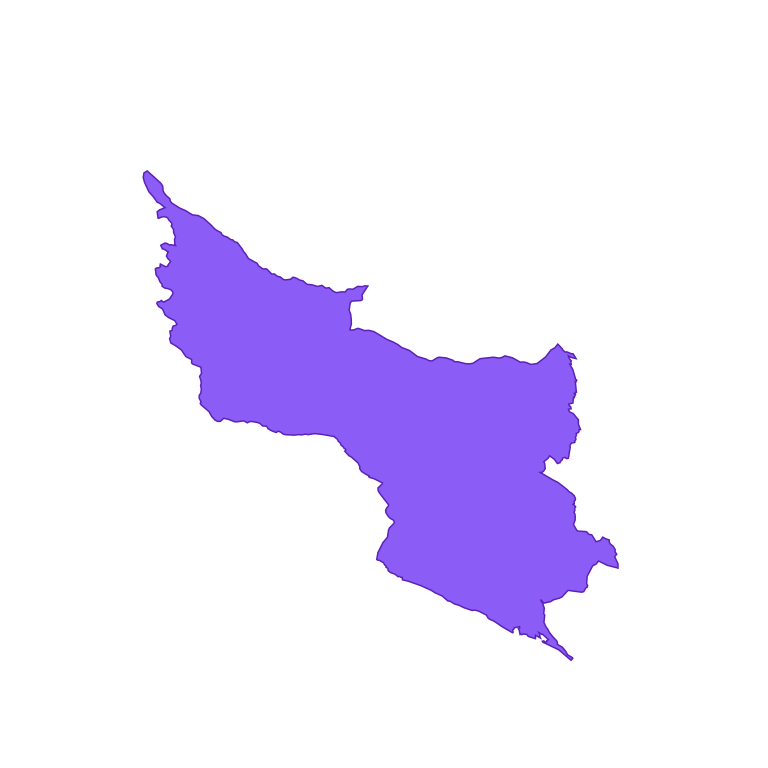 Copacabana, Antioquia, Colombia (Equal Earth projection), rotated 309°
{"feature_id": "7082276B76500841891057", "entity_name": "Copacabana", "entity_type": "district", "adm_level": 2, "iso_a3": "COL", "parent_name": "Colombia", "parent_adm1": "Antioquia", "projection": "equal_earth", "projection_center": [-75.502, 6.36], "detail": "fine", "context": "isolated", "style": "filled", "palette": "violet", "viewbox_px": 768, "rotation_deg": 309, "n_neighbors": 0, "source": "geoboundaries", "source_scale": "gbopen_adm2", "svg_char_len": 6157}
<svg xmlns="http://www.w3.org/2000/svg" viewBox="0 0 768 768"><g transform="rotate(309 384 384)"><path d="M524.4,494.0L519.8,494.0L515.3,492.3L506.7,492.6L496.3,490.1L491.7,485.9L490.1,480.7L488.6,478.1L486.8,476.4L485.2,467.3L482.0,460.3L478.6,458.8L476.7,457.3L473.7,452.2L464.1,442.7L456.1,440.1L453.5,437.8L451.1,434.5L447.8,427.5L445.9,425.0L445.7,422.3L443.5,416.1L439.6,410.1L438.0,408.9L432.1,406.8L430.5,404.3L429.7,400.6L426.4,392.7L426.1,382.7L423.5,374.9L423.4,370.2L422.4,364.7L420.5,358.3L418.4,343.3L416.2,338.5L413.3,335.3L411.2,329.3L410.4,328.3L406.9,326.4L404.7,323.8L404.9,323.2L410.1,320.9L413.7,317.8L417.4,314.0L419.4,310.5L425.9,306.6L428.1,306.8L434.3,313.5L435.7,314.0L436.6,313.8L439.3,310.9L450.0,309.8L448.1,307.2L446.0,305.9L443.4,302.2L437.9,300.1L436.3,297.5L434.6,296.0L431.0,295.8L428.8,292.9L425.0,289.5L424.1,286.3L424.3,280.7L421.9,278.5L421.5,273.6L418.0,271.0L415.7,265.4L413.0,261.5L413.2,256.1L411.6,252.7L411.3,250.1L410.3,247.1L409.6,246.0L406.6,245.5L402.5,241.5L401.9,239.6L401.9,235.9L400.6,233.4L400.6,229.6L398.8,227.6L399.6,220.8L399.1,219.5L397.7,218.3L397.2,217.1L396.9,212.3L397.9,209.3L396.2,199.7L398.0,194.6L398.6,191.4L399.6,189.2L401.6,181.1L400.5,178.2L400.8,175.8L399.8,174.0L399.5,169.7L398.4,166.9L398.0,164.3L399.1,162.0L398.1,157.2L398.0,154.3L398.7,149.7L399.2,139.8L398.0,133.7L394.8,128.5L393.9,120.9L392.1,114.1L391.1,105.4L391.6,102.9L393.2,101.0L393.4,96.2L394.1,92.9L395.1,90.8L398.6,87.4L399.6,84.0L400.6,65.9L397.0,64.6L393.0,66.9L390.0,71.0L385.4,80.3L384.3,87.1L382.6,93.2L383.3,96.3L383.2,102.8L378.1,100.0L375.1,99.3L370.7,104.0L370.8,104.5L375.1,107.0L376.7,109.8L376.9,111.6L376.1,113.3L375.4,117.7L374.1,119.1L372.9,119.2L371.6,123.3L369.3,125.2L367.0,129.5L364.8,130.0L360.8,133.6L360.4,134.8L358.0,130.5L357.1,130.0L356.6,126.7L355.6,125.0L351.3,123.2L349.6,126.5L350.5,129.0L350.6,132.2L351.0,133.0L346.5,134.4L345.5,136.9L345.0,141.0L340.5,141.3L339.4,141.9L337.7,140.4L336.5,134.7L335.0,135.5L334.4,136.4L332.5,135.8L331.2,134.3L329.6,133.8L325.5,138.1L324.8,140.0L324.8,141.3L322.4,145.7L321.8,148.8L320.3,150.1L320.7,153.7L322.3,156.3L323.1,159.6L322.6,161.8L321.3,163.2L315.0,163.8L309.2,161.4L308.7,160.2L308.8,158.4L307.1,158.0L305.1,156.3L303.6,156.7L302.4,160.1L302.9,164.8L299.9,170.5L300.2,175.5L301.6,181.5L300.1,185.5L298.9,185.4L296.3,183.7L294.2,184.3L292.2,185.6L290.3,184.3L286.8,188.3L284.3,188.8L281.7,192.6L282.5,197.0L283.0,204.9L280.6,212.8L281.9,218.8L281.6,219.5L279.5,221.0L279.0,222.4L281.8,231.1L277.4,235.5L273.8,235.9L271.5,239.5L269.2,241.8L267.5,242.3L265.2,245.1L261.8,247.3L258.8,247.6L256.6,249.3L255.0,253.1L253.4,253.3L252.7,254.9L252.4,265.5L250.3,270.6L249.6,275.3L250.2,278.2L251.9,280.3L256.5,281.1L258.7,285.5L260.5,291.3L261.5,293.0L267.1,298.2L267.8,302.2L269.9,303.0L271.7,304.9L274.1,309.2L275.3,312.2L275.0,316.1L277.3,319.3L276.3,322.0L276.8,325.7L278.4,330.7L280.8,331.5L281.6,334.2L281.6,337.0L282.6,339.3L287.8,346.5L290.5,349.0L292.8,352.2L295.5,354.4L296.9,356.9L301.8,361.3L306.2,368.2L311.7,378.1L311.7,382.6L310.8,384.4L310.6,387.2L309.5,389.0L309.4,392.3L308.9,393.3L309.1,394.8L308.8,395.8L307.1,395.8L306.4,400.2L306.2,401.7L306.7,404.6L306.3,413.6L304.4,417.4L302.9,418.4L301.9,421.6L302.4,426.6L303.2,430.2L302.3,430.5L302.4,431.8L304.2,436.1L306.1,445.0L305.2,445.5L299.5,444.7L297.4,446.6L296.2,450.0L293.0,463.6L291.9,464.2L289.4,464.1L286.9,464.7L285.1,466.7L283.8,470.7L283.5,473.3L284.1,476.6L283.9,477.8L282.9,479.0L282.1,479.5L275.8,478.8L273.4,479.4L267.1,483.1L260.0,483.0L249.1,485.4L243.0,488.8L243.3,490.3L244.2,491.7L244.8,496.2L243.8,498.3L243.8,500.3L242.8,500.9L243.2,502.9L241.6,504.7L241.5,507.5L243.1,512.1L243.1,516.3L244.2,517.1L244.4,518.9L245.2,520.0L243.4,521.5L245.9,526.8L250.4,539.2L253.3,550.2L253.9,555.2L255.9,562.6L255.6,570.3L256.7,571.8L257.4,577.1L259.2,581.5L260.5,587.0L263.4,594.9L265.6,597.1L267.2,601.0L268.9,609.1L267.7,611.9L267.6,613.9L268.9,618.8L269.8,629.1L271.6,640.5L272.3,640.6L273.8,638.7L275.2,639.1L276.4,638.6L280.7,642.0L279.8,643.0L278.3,642.4L278.0,643.7L275.0,647.4L275.6,647.6L275.9,648.8L277.1,649.4L279.3,652.6L278.6,654.8L281.4,662.0L284.1,659.9L285.0,665.5L285.9,663.9L287.6,662.5L288.2,660.9L288.8,664.2L289.3,664.7L288.8,672.6L287.0,672.0L286.1,672.7L284.6,671.2L285.0,670.4L284.7,669.6L283.7,668.9L283.3,669.8L287.4,687.2L287.0,703.2L289.6,703.4L289.9,702.4L289.1,697.2L290.6,693.4L291.7,688.3L290.8,682.6L292.3,681.4L293.1,679.8L293.8,674.3L295.1,668.7L296.6,665.3L297.2,662.7L299.4,658.3L305.5,654.4L306.2,652.5L310.5,649.8L313.3,645.6L314.7,641.9L315.0,642.2L314.4,644.5L314.6,646.4L319.7,650.4L323.1,651.6L328.0,655.1L330.4,656.3L339.4,656.9L346.5,668.5L348.3,669.9L352.8,669.2L353.9,669.8L355.4,669.2L356.5,667.0L362.4,662.9L374.0,660.6L377.4,662.1L381.5,662.2L383.6,671.6L388.2,681.7L391.5,679.0L395.0,671.9L398.2,672.0L398.9,669.4L400.9,667.7L402.1,664.1L402.1,660.6L402.9,658.5L404.6,657.1L403.2,653.6L402.7,650.4L398.6,650.6L394.9,648.1L397.5,640.4L396.1,637.6L396.6,635.1L396.4,633.8L391.9,627.5L391.6,626.0L394.0,619.7L398.5,618.2L401.5,615.9L403.3,613.9L403.7,612.6L406.2,611.7L407.5,610.3L409.1,610.3L409.6,608.2L409.5,606.6L410.8,607.1L412.7,605.5L413.7,605.8L415.3,605.1L416.9,602.2L417.2,598.3L416.7,595.2L417.2,593.2L417.0,581.2L415.7,575.2L413.6,561.1L415.0,562.5L416.6,562.9L419.7,562.6L423.5,558.7L424.0,557.2L430.1,558.3L432.4,557.9L432.7,563.7L431.3,568.8L433.6,570.3L435.0,569.9L437.3,570.2L438.8,569.5L440.6,570.6L441.0,573.0L442.4,574.0L451.9,568.6L453.4,567.1L456.2,566.9L458.0,568.7L458.9,569.0L459.7,568.2L461.6,568.1L463.3,566.2L465.4,565.8L466.5,564.5L468.7,565.6L470.0,565.3L471.2,564.2L472.3,565.4L475.1,560.4L478.5,557.7L480.1,549.7L479.1,545.7L480.5,543.2L482.5,545.0L483.7,543.6L484.1,540.6L484.9,540.2L488.0,542.8L492.7,539.8L493.2,539.7L493.2,540.3L495.7,539.6L496.2,538.1L496.7,539.1L497.9,537.9L498.7,538.7L506.2,531.2L506.4,531.9L508.3,531.4L508.2,530.1L514.2,521.4L516.3,515.9L517.1,517.1L518.9,515.1L519.9,515.0L520.3,512.0L521.9,509.6L522.3,512.5L524.6,517.3L526.5,512.0L525.3,510.1L524.1,506.0L522.8,504.6L523.0,501.0L523.5,500.5L524.4,494.0Z" fill="#8b5cf6" stroke="#5b21b6" stroke-width="1.5"/></g></svg>